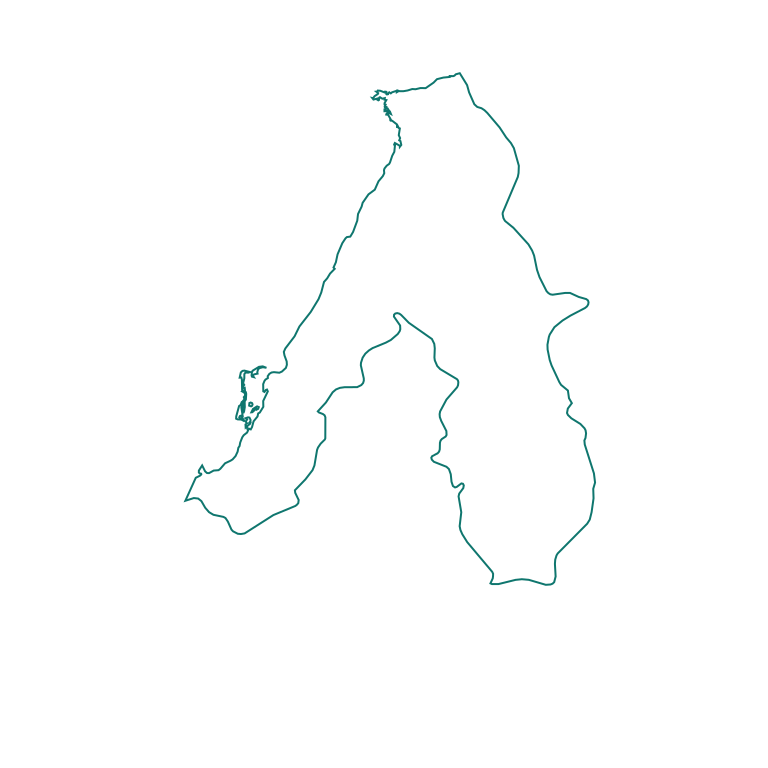 Tabuk, orthographic projection, rotated 60°
{"feature_id": "SAU-848", "entity_name": "Tabuk", "entity_type": "Region", "adm_level": 1, "iso_a3": "SAU", "parent_name": "Saudi Arabia", "parent_adm1": "", "projection": "orthographic", "projection_center": [36.673, 26.762], "detail": "fine", "context": "isolated", "style": "outline", "palette": "teal", "viewbox_px": 768, "rotation_deg": 60, "n_neighbors": 0, "source": "natural_earth", "source_scale": "10m", "svg_char_len": 6172}
<svg xmlns="http://www.w3.org/2000/svg" viewBox="0 0 768 768"><g transform="rotate(60 384 384)"><path d="M385.8,614.4L371.1,593.9L371.4,589.3L371.0,587.5L370.3,587.2L369.1,588.4L368.1,588.6L366.4,587.6L363.6,582.2L370.2,582.6L372.6,581.8L373.7,580.1L373.8,574.8L375.9,570.4L375.6,568.1L373.2,561.3L373.7,555.2L373.6,552.8L372.2,548.6L369.4,544.6L366.4,542.0L365.5,540.1L362.8,537.8L359.3,533.4L358.2,531.1L357.6,526.9L355.1,523.3L356.7,522.1L355.3,519.8L351.1,515.6L348.9,509.8L346.6,507.7L346.6,505.8L343.4,499.9L338.3,497.1L332.3,488.3L330.3,488.1L330.1,489.3L331.1,491.5L330.0,492.2L323.7,488.7L321.6,486.0L320.9,484.4L320.8,481.6L319.1,480.8L317.9,478.2L317.8,475.7L318.7,473.4L321.9,469.0L322.2,466.2L321.0,460.9L318.8,458.5L315.8,457.0L309.5,455.9L306.1,454.7L303.9,451.7L298.0,437.6L291.9,428.5L285.0,411.5L277.8,398.3L273.4,392.6L265.6,384.9L264.1,380.4L261.4,375.5L259.6,369.1L257.9,369.5L254.5,364.8L248.5,359.4L241.2,349.7L238.6,344.5L238.2,342.7L239.5,339.5L236.9,334.8L229.2,325.5L223.8,321.5L219.2,314.7L216.4,311.9L212.0,302.6L211.1,294.8L205.7,287.4L203.4,281.1L201.6,278.4L198.8,277.1L197.6,275.8L196.3,272.5L196.0,269.5L195.1,268.0L190.4,262.7L188.1,259.0L182.3,254.8L182.3,255.5L181.7,255.5L180.7,254.1L185.5,251.2L186.5,251.7L185.6,249.5L181.8,248.3L180.6,249.0L179.1,247.1L175.9,246.8L170.6,242.5L169.7,243.2L167.7,243.1L168.7,244.6L165.7,243.0L160.1,245.3L159.2,246.6L158.6,246.6L158.6,245.9L153.0,245.8L151.8,247.3L151.1,246.5L151.1,245.8L151.8,245.8L151.5,244.3L153.6,243.0L150.9,242.6L149.9,243.0L150.6,244.4L148.9,245.4L148.0,247.2L146.8,246.5L149.3,244.4L149.3,243.0L147.0,243.1L146.1,245.0L144.9,244.9L144.9,243.6L143.6,244.3L142.8,242.9L141.8,243.6L140.9,242.9L139.3,240.0L138.0,241.4L136.8,240.4L136.1,242.8L133.6,244.1L133.6,244.8L135.5,246.3L135.5,247.1L134.3,247.7L133.5,247.0L132.4,250.9L130.4,251.2L131.0,250.5L130.0,248.2L129.8,244.4L129.2,243.6L126.9,244.5L127.4,243.3L126.8,242.6L128.2,240.6L131.8,237.7L131.3,237.0L131.9,236.1L133.1,235.6L132.5,236.3L134.1,237.0L134.7,236.7L135.0,235.7L134.5,235.6L134.0,233.6L135.7,232.8L135.4,231.2L136.4,226.4L137.7,227.1L137.7,225.7L136.9,226.3L136.4,225.7L138.3,224.0L140.2,220.6L141.6,216.8L142.7,212.0L144.5,209.3L145.9,204.5L148.6,200.0L147.8,190.4L146.5,185.7L148.3,179.4L151.0,173.4L151.0,172.7L150.4,172.7L152.0,170.1L152.2,168.8L151.7,167.0L152.7,163.0L166.7,162.6L174.0,164.5L186.9,165.9L190.7,164.7L193.9,161.7L197.1,160.1L200.9,159.0L219.6,155.6L231.6,154.9L238.8,153.6L244.7,153.6L262.4,158.1L268.6,162.0L271.6,164.6L294.9,195.4L296.1,196.3L299.9,197.6L302.0,197.7L303.5,197.6L313.5,193.8L335.3,189.1L342.5,189.0L347.8,189.8L361.6,194.4L369.2,195.9L384.9,196.8L387.4,196.2L389.5,195.1L391.0,193.3L395.7,181.6L398.1,177.4L406.0,171.8L411.6,166.4L413.6,165.6L415.5,166.0L417.2,167.4L418.3,169.4L418.7,171.8L418.0,188.5L418.3,197.6L420.0,208.0L424.0,215.7L425.7,217.7L431.7,222.8L436.0,225.1L446.1,228.5L451.7,229.6L470.0,231.2L473.3,231.1L481.6,228.0L488.8,230.9L494.5,230.9L497.2,237.1L500.6,240.0L502.8,240.2L507.4,238.9L516.8,233.9L522.6,232.5L524.9,232.6L527.8,233.7L531.5,236.5L533.1,238.7L536.8,240.4L566.4,246.9L574.9,250.5L579.4,255.2L587.8,259.7L598.8,268.3L604.3,273.6L606.6,277.9L617.6,318.3L618.7,320.3L621.7,323.5L625.2,325.9L636.5,331.6L640.7,335.7L641.2,337.8L640.9,340.0L638.8,344.3L626.0,356.5L622.0,362.2L619.4,368.0L614.5,384.9L611.3,390.5L609.9,391.5L606.7,387.0L605.0,385.7L602.9,384.4L600.8,384.2L562.5,391.0L553.2,391.3L548.6,390.8L545.0,389.6L533.7,381.2L518.6,375.6L516.5,373.6L513.8,367.4L511.7,365.6L509.9,365.5L508.8,366.7L509.5,372.5L509.1,374.2L506.8,375.3L502.4,374.4L495.5,371.3L490.1,370.3L486.9,371.3L476.3,379.7L473.4,380.4L471.5,379.9L470.6,378.4L470.8,372.1L470.1,370.1L468.5,368.4L462.8,364.9L461.3,363.3L460.6,361.5L460.3,356.8L459.4,355.3L455.9,353.5L444.6,352.9L440.6,352.2L437.9,350.9L435.8,349.1L428.7,337.7L423.4,322.3L422.1,320.5L419.6,318.7L417.9,318.2L416.3,318.4L399.2,327.9L395.0,328.9L389.0,328.2L386.3,327.1L378.5,322.2L374.4,320.4L369.0,320.0L343.4,331.9L332.8,334.6L330.8,335.5L329.2,337.1L328.6,339.0L329.0,340.6L330.6,341.7L341.4,340.8L344.7,342.5L346.1,344.0L347.6,347.1L349.3,356.1L349.1,361.8L347.2,375.9L347.4,380.3L348.4,385.0L350.5,389.3L354.1,393.3L356.2,394.7L369.0,398.7L371.0,399.8L372.7,401.6L373.6,404.2L373.3,408.8L367.0,419.9L365.3,424.1L364.7,428.3L365.5,432.6L371.0,443.6L374.6,455.0L376.1,454.6L379.5,451.9L381.4,451.1L383.5,451.4L401.7,462.0L402.5,463.0L404.0,468.7L406.0,472.9L407.6,474.9L419.8,485.0L422.9,489.0L427.3,499.7L431.5,514.3L433.9,515.3L441.8,515.9L444.3,517.8L445.0,519.7L445.3,521.7L442.2,545.3L443.7,579.4L442.4,582.9L440.6,585.5L436.1,588.4L433.8,588.9L425.0,588.0L420.8,588.3L418.8,589.5L412.0,597.1L407.5,599.6L401.8,600.7L394.1,600.7L390.3,602.2L387.7,605.7L385.8,614.4ZM344.0,523.5L345.5,523.4L345.8,523.9L343.4,525.4L341.5,528.4L340.1,529.4L338.1,528.1L330.6,520.5L330.5,518.7L328.5,516.2L328.5,515.4L330.4,516.4L332.9,519.2L341.6,522.6L342.0,523.4L340.0,523.4L339.7,524.8L340.5,526.0L341.6,525.7L344.0,523.5ZM319.8,507.5L319.1,509.4L318.3,509.9L309.0,504.8L307.0,504.3L306.3,505.8L302.4,502.2L301.9,500.0L302.6,498.2L306.7,494.0L306.3,495.9L304.8,498.2L305.6,500.0L309.2,502.1L312.9,505.6L314.9,505.5L315.6,507.3L317.2,507.6L317.6,506.5L319.8,507.5ZM306.8,491.1L306.6,483.7L308.1,480.2L311.2,477.7L308.9,480.5L307.9,484.3L308.7,486.1L310.5,487.9L311.8,488.3L310.7,491.7L310.9,492.8L311.6,493.4L313.0,493.3L311.6,494.7L310.4,494.4L307.5,492.3L306.8,491.1ZM330.8,516.2L328.0,514.3L327.5,512.5L325.3,512.0L324.6,510.2L323.2,509.3L321.5,509.4L319.6,510.5L319.6,509.5L320.5,508.1L322.0,507.7L323.7,508.3L328.4,511.4L329.4,513.4L334.4,516.1L337.7,518.8L338.5,519.8L338.1,520.9L334.0,518.5L333.1,516.7L330.8,516.2ZM352.0,523.3L353.4,524.6L352.1,524.4L352.4,525.5L349.8,524.2L349.5,522.3L347.4,522.6L346.3,520.3L344.4,521.0L344.9,518.4L345.8,517.3L348.3,517.5L349.4,518.2L350.3,520.2L350.9,520.1L351.1,519.4L351.5,519.9L352.0,523.3ZM340.1,509.9L339.9,505.1L341.4,504.0L342.6,505.4L342.5,507.1L341.4,506.9L342.6,512.1L342.2,513.0L340.1,509.9ZM335.3,511.6L333.2,510.1L333.4,508.7L334.6,507.8L335.9,508.0L336.9,509.1L336.9,510.3L335.3,511.6Z" fill="none" stroke="#0f766e" stroke-width="2"/></g></svg>